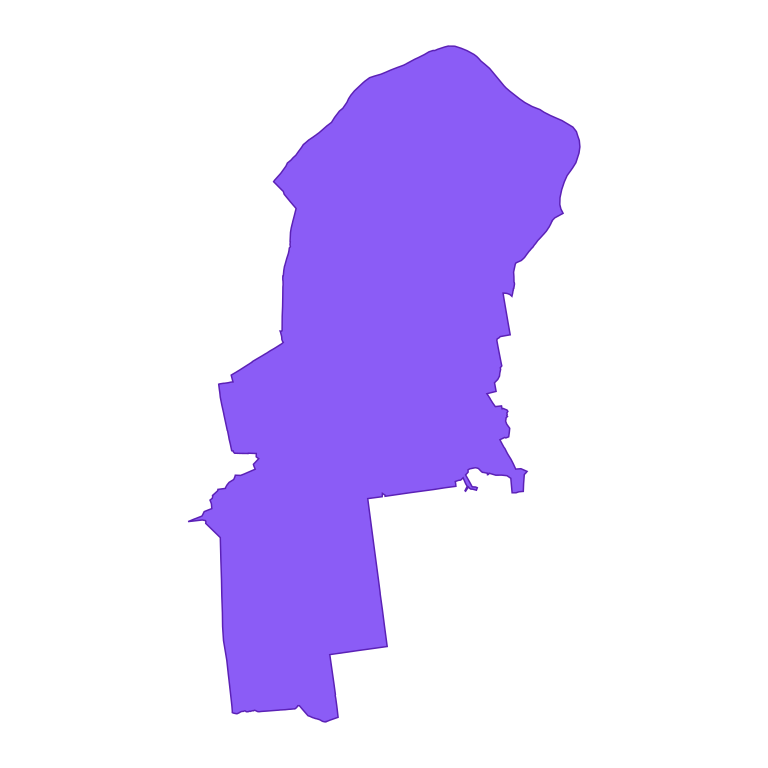 Seces pag., Jaunjelgavas, Latvia (Albers equal-area conic projection)
{"feature_id": "27541924B20656105866452", "entity_name": "Seces pag.", "entity_type": "district", "adm_level": 2, "iso_a3": "LVA", "parent_name": "Latvia", "parent_adm1": "Jaunjelgavas", "projection": "albers", "projection_center": [25.369, 56.527], "detail": "fine", "context": "isolated", "style": "filled", "palette": "violet", "viewbox_px": 768, "rotation_deg": 0, "n_neighbors": 0, "source": "geoboundaries", "source_scale": "gbopen_adm2", "svg_char_len": 6048}
<svg xmlns="http://www.w3.org/2000/svg" viewBox="0 0 768 768"><path d="M273.6,181.7L282.1,190.3L283.3,191.4L284.2,194.3L290.1,201.5L296.1,208.5L294.4,215.3L293.2,219.9L292.8,221.3L292.5,222.8L291.9,225.1L291.2,228.1L290.5,232.3L290.3,236.7L290.1,240.8L290.1,241.6L290.3,241.7L290.0,244.7L290.4,246.7L289.3,248.0L289.0,250.5L288.4,253.4L286.7,258.6L284.8,265.5L284.5,266.2L283.8,270.4L283.4,274.8L283.2,275.9L282.9,275.9L282.8,276.9L282.8,280.1L283.0,280.6L283.1,284.7L282.9,286.9L282.8,295.5L282.7,300.8L282.7,301.2L282.6,306.4L282.2,316.3L282.1,330.2L281.7,331.1L280.1,331.1L280.3,331.5L280.8,333.1L281.1,334.5L281.4,335.4L281.7,336.9L281.8,338.4L281.8,338.8L281.9,339.7L282.2,340.4L282.5,341.2L282.7,341.6L283.1,342.1L283.3,342.4L281.7,343.8L273.9,348.7L270.2,350.8L266.4,353.3L265.6,353.7L262.0,355.9L257.7,358.4L252.3,361.6L252.2,362.0L247.2,365.2L239.7,370.0L232.7,374.2L231.2,375.1L232.1,378.6L232.4,379.8L233.0,381.9L231.0,382.1L227.8,382.8L224.1,383.3L223.3,383.3L219.7,383.9L218.7,384.2L219.4,389.9L219.8,392.5L220.3,397.3L221.8,404.9L223.7,413.4L223.9,414.6L227.3,430.5L227.6,430.9L228.1,433.6L228.8,437.1L229.1,439.0L230.3,444.0L230.9,446.9L231.7,450.7L233.2,451.0L233.2,451.6L234.5,453.2L240.5,453.4L248.2,453.5L248.3,453.2L256.3,453.5L256.2,456.8L258.7,458.7L253.4,464.3L253.8,465.8L255.2,469.2L244.4,473.9L243.9,474.1L240.6,475.4L235.3,475.2L235.0,476.4L234.1,478.7L233.9,479.1L233.6,479.5L233.4,479.7L229.2,482.3L228.9,482.6L227.3,484.6L226.8,485.3L225.6,487.5L225.5,487.9L225.4,488.1L225.4,488.4L217.9,489.4L217.9,490.2L217.8,490.4L217.7,490.6L217.3,491.1L215.7,492.6L212.6,495.4L212.8,495.6L212.3,498.3L210.0,500.1L210.8,502.1L211.4,503.8L211.8,508.6L207.9,510.1L206.7,510.6L204.2,511.6L202.6,514.9L201.9,516.1L193.4,519.4L188.1,521.6L202.3,520.0L205.5,520.6L205.9,521.9L205.7,523.4L220.3,537.6L220.9,560.8L221.5,579.7L221.8,595.3L222.4,612.7L222.6,626.5L223.5,640.5L226.8,660.3L228.3,674.2L228.9,679.2L230.4,692.5L231.9,705.9L232.3,711.0L232.3,712.6L232.7,712.8L233.9,713.2L236.3,713.7L237.2,713.7L239.5,712.6L240.5,711.9L241.6,711.5L242.5,711.4L243.3,711.4L244.0,711.1L244.4,710.9L245.1,710.9L245.7,711.2L245.9,711.5L246.4,711.7L246.8,711.8L248.2,711.7L249.7,711.2L250.2,711.4L250.4,711.3L252.7,710.7L253.0,710.6L253.3,710.8L253.7,710.7L254.3,710.3L254.6,710.3L254.8,710.3L255.6,710.6L257.6,711.6L257.8,711.6L258.2,711.6L258.6,711.7L259.2,711.7L261.8,711.4L267.6,711.0L277.8,710.2L279.3,710.1L279.5,710.0L285.2,709.7L288.0,709.4L288.8,709.3L290.6,709.2L294.6,708.8L294.8,708.9L295.6,708.4L296.5,707.6L296.8,707.2L297.2,706.8L297.8,705.7L299.4,705.7L302.5,709.4L308.0,715.7L310.6,716.6L310.8,716.8L312.9,717.7L314.0,718.0L315.3,718.5L317.2,718.9L318.0,719.2L319.4,719.6L320.6,720.2L321.9,721.0L322.4,721.3L324.4,721.8L325.4,721.9L326.1,721.8L326.2,721.4L326.9,721.4L330.1,720.1L338.1,717.3L337.2,709.4L336.7,705.3L335.8,698.7L335.4,696.5L335.2,695.7L335.4,694.5L334.0,684.1L331.0,663.1L330.0,656.1L329.7,654.6L357.7,650.6L373.7,648.4L387.2,646.5L384.6,627.0L382.4,609.8L380.2,594.0L380.1,592.5L378.4,579.3L373.5,542.5L368.0,500.7L367.7,498.6L382.2,496.7L382.4,493.4L385.1,495.2L385.1,496.3L400.3,494.1L411.5,492.5L433.8,489.5L444.6,487.8L455.9,486.3L455.7,484.0L455.3,481.5L458.4,480.4L460.6,480.1L461.5,479.4L463.1,477.8L465.7,483.8L467.2,486.3L465.0,490.7L465.6,491.2L468.4,487.0L469.7,488.4L470.8,489.1L472.7,489.2L476.4,490.2L477.3,487.7L475.6,487.0L475.3,487.0L472.2,486.8L469.4,481.6L465.6,474.9L468.1,472.2L468.1,471.6L468.0,469.9L469.6,468.9L475.3,467.7L476.9,468.0L478.4,468.5L479.7,469.8L480.4,470.6L482.3,472.3L483.8,472.5L487.3,473.2L487.5,474.7L488.5,474.4L489.1,473.2L495.8,475.2L501.4,475.1L507.0,475.7L510.8,478.3L512.1,492.8L516.0,492.8L518.9,491.8L523.3,491.4L523.6,483.6L524.3,474.5L526.1,472.7L527.1,471.4L520.9,468.7L515.7,469.1L513.3,463.8L511.0,459.3L507.7,454.0L506.9,452.5L504.9,448.5L503.9,447.2L502.3,444.3L499.9,439.7L504.6,437.5L504.8,437.5L505.7,437.9L505.9,437.9L508.0,437.1L508.7,436.8L509.3,432.5L509.7,428.6L509.7,428.3L506.7,424.1L505.6,421.1L506.0,419.1L506.0,418.9L506.1,417.8L507.5,416.4L506.8,415.6L507.2,414.5L506.8,413.0L507.9,411.4L507.0,410.0L506.0,409.6L504.9,409.2L503.4,408.5L502.1,408.8L501.5,405.9L495.3,406.6L492.8,403.1L490.8,399.9L490.5,399.5L490.0,398.4L486.9,393.7L496.1,391.4L494.8,384.2L494.5,382.8L497.8,379.4L499.5,376.1L499.8,373.1L500.6,369.5L500.3,367.7L501.8,365.9L501.5,364.6L501.0,362.2L498.1,347.3L496.8,340.2L497.0,339.9L497.1,339.2L497.2,338.9L497.5,338.7L497.9,338.5L498.3,338.2L499.2,337.7L500.2,336.6L510.2,334.8L508.2,323.5L505.5,307.8L503.8,297.8L503.1,293.1L505.0,293.2L506.8,293.4L507.9,293.7L509.1,294.2L510.0,294.6L510.9,295.4L511.4,295.8L511.9,296.3L512.6,293.4L512.9,291.5L513.1,290.6L513.3,290.1L513.3,289.5L513.5,288.4L513.8,288.4L514.5,284.0L514.3,282.6L514.0,281.9L513.9,276.6L513.6,272.1L515.3,264.1L516.1,262.8L521.3,260.5L523.4,258.6L524.6,257.4L526.3,255.0L529.0,251.4L530.2,250.1L531.5,248.5L532.8,247.3L534.4,244.9L535.5,243.7L537.8,240.5L540.3,237.9L544.3,233.5L546.3,231.2L547.8,229.0L548.1,228.4L549.0,227.2L550.7,224.0L551.8,221.6L552.1,221.3L552.1,220.7L554.7,217.9L563.1,213.3L560.9,209.0L559.8,204.5L560.0,197.7L561.7,189.7L564.3,181.9L567.1,175.6L572.5,168.1L575.9,162.7L579.0,153.1L579.9,146.9L579.3,140.4L577.8,136.1L576.4,131.6L572.9,127.1L562.2,120.7L550.4,115.5L544.1,112.3L540.0,109.6L533.1,106.9L531.9,106.4L524.9,102.6L519.6,98.9L509.8,91.2L506.1,88.0L504.0,85.8L500.3,81.3L489.6,68.4L485.8,65.1L480.9,61.0L478.7,58.5L476.7,56.5L473.9,54.4L467.1,50.7L461.3,48.3L454.8,46.2L448.1,46.1L444.6,47.0L437.6,49.3L434.9,50.5L433.0,50.5L429.0,51.8L424.3,54.6L418.3,57.6L414.8,59.2L403.8,65.1L401.2,66.1L397.3,67.5L391.1,69.9L384.4,72.8L381.0,74.2L374.4,76.1L369.6,77.7L365.1,81.0L363.1,82.7L354.4,90.9L351.0,95.0L348.6,98.7L346.9,102.4L342.8,108.3L339.4,111.1L334.6,117.4L331.5,122.4L327.1,125.7L319.1,132.7L313.2,137.0L308.7,140.0L305.4,142.9L303.3,144.6L301.6,147.3L298.7,151.2L295.8,155.3L293.3,157.5L291.0,160.1L287.4,163.0L285.9,166.2L280.7,173.4L274.6,180.2L273.6,181.7Z" fill="#8b5cf6" stroke="#5b21b6" stroke-width="1.5"/></svg>